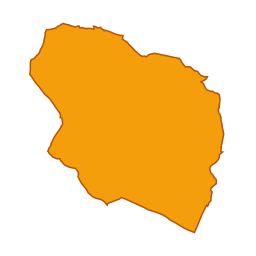 outline of Satu Mare, Harghita, Romania, rotated 87°
{"feature_id": "2599482B48520966661881", "entity_name": "Satu Mare", "entity_type": "district", "adm_level": 2, "iso_a3": "ROU", "parent_name": "Romania", "parent_adm1": "Harghita", "projection": "natural_earth1", "projection_center": [25.408, 46.349], "detail": "fine", "context": "isolated", "style": "filled", "palette": "amber", "viewbox_px": 256, "rotation_deg": 87, "n_neighbors": 0, "source": "geoboundaries", "source_scale": "gbopen_adm2", "svg_char_len": 5430}
<svg xmlns="http://www.w3.org/2000/svg" viewBox="0 0 256 256"><g transform="rotate(87 128 128)"><path d="M196.2,164.3L196.6,163.4L197.7,159.5L198.8,157.5L200.0,155.8L203.9,152.8L202.2,152.1L199.4,143.2L198.8,141.1L197.1,137.9L200.6,130.7L203.1,125.9L203.6,125.0L205.1,122.1L206.9,118.6L209.3,114.2L210.7,112.2L211.7,109.5L212.9,106.3L213.0,105.8L214.0,103.3L215.7,99.6L216.4,98.2L219.0,94.2L222.0,90.8L224.7,86.4L225.3,85.4L226.3,84.0L229.2,79.7L231.1,76.8L233.0,73.3L235.8,67.1L229.6,64.0L218.1,58.5L216.6,57.7L213.2,55.8L209.3,53.6L210.3,53.0L210.1,52.6L209.3,52.1L208.5,51.6L206.9,51.0L206.0,50.2L204.7,48.9L202.8,49.0L199.7,48.3L197.4,47.7L196.8,47.4L196.2,47.5L195.8,47.6L195.5,47.9L195.3,48.2L195.0,48.5L194.7,48.7L194.5,48.8L193.9,48.6L193.1,48.3L192.8,48.4L192.5,48.3L192.2,48.0L191.5,47.6L191.3,47.4L191.5,47.0L191.4,46.8L190.7,46.1L190.1,45.7L189.9,45.2L189.3,44.2L188.8,43.7L188.4,42.9L187.3,42.7L185.3,42.5L183.6,42.9L183.1,43.5L182.4,43.9L182.0,44.7L181.2,44.9L180.7,44.9L180.1,45.3L179.6,45.5L178.4,46.4L177.4,47.4L176.5,47.9L175.9,47.9L175.1,48.1L174.2,48.3L173.0,48.5L172.4,48.3L170.8,47.6L169.9,46.7L169.5,46.3L169.1,45.5L168.4,44.8L168.1,43.8L167.4,42.7L166.4,41.4L165.5,40.8L165.3,40.4L164.4,39.6L163.9,39.4L163.6,39.1L162.8,38.9L162.4,38.7L161.7,38.3L160.3,38.1L159.6,38.2L159.4,38.1L159.1,37.5L158.4,36.8L158.1,36.3L157.5,35.6L157.0,34.9L156.9,35.8L156.1,36.5L155.0,36.3L154.3,36.2L153.8,36.1L151.1,35.8L149.3,35.3L146.5,34.6L143.0,33.7L139.5,32.8L136.9,33.0L136.5,33.1L136.1,33.1L132.3,33.7L132.0,33.8L131.6,33.8L131.0,33.9L130.4,33.9L129.9,33.9L129.1,34.0L128.6,34.1L128.1,34.2L127.7,34.2L127.4,34.3L126.6,34.5L125.9,34.7L125.2,34.8L121.9,34.6L120.9,35.0L119.0,35.6L118.2,36.1L117.5,36.6L117.2,36.7L116.1,37.0L115.5,36.9L114.8,36.8L114.3,36.9L113.8,36.9L113.7,36.6L113.3,36.6L113.1,36.3L112.8,36.2L112.5,35.9L112.2,35.8L112.0,35.7L111.5,35.9L111.1,36.1L110.8,35.7L110.4,35.7L109.9,35.5L109.2,35.5L109.0,35.4L105.3,34.8L104.0,34.5L103.6,34.7L102.9,34.8L99.7,35.0L97.7,37.2L97.9,38.1L97.8,39.0L96.9,40.2L96.1,41.3L95.8,41.4L95.7,43.6L95.2,44.7L94.3,46.7L94.0,47.2L93.6,47.6L91.4,48.9L90.4,49.3L88.9,49.9L87.8,50.4L87.0,51.0L86.0,52.4L85.8,53.0L85.4,53.0L85.4,52.8L85.5,52.0L85.2,51.3L85.0,50.8L84.7,50.1L84.4,49.4L83.4,47.8L82.8,47.0L81.1,46.1L80.9,46.0L80.7,48.1L81.0,48.3L80.3,50.4L79.8,51.4L79.2,52.5L79.0,52.8L77.8,53.8L75.1,55.6L74.2,58.8L70.7,62.1L69.9,63.2L69.9,63.3L70.0,64.5L70.1,66.1L70.0,67.1L69.9,67.5L69.5,67.9L67.3,69.5L65.8,70.5L65.1,70.9L64.7,71.2L64.2,71.4L63.6,71.6L62.9,71.8L62.4,72.1L62.1,72.4L61.9,72.7L61.7,73.2L61.2,73.1L60.7,75.2L60.3,76.8L59.7,79.0L59.3,80.6L59.0,81.8L58.6,83.0L58.2,84.6L57.7,86.5L57.2,88.4L56.8,90.0L56.1,92.4L55.4,95.3L55.0,96.8L54.8,98.0L55.1,99.8L55.2,100.5L55.5,102.0L55.7,103.1L56.9,104.6L57.7,105.9L57.9,106.2L57.4,106.7L57.0,107.8L57.1,110.2L57.0,110.7L56.3,111.4L55.8,112.2L54.7,113.4L50.8,117.4L48.4,119.2L44.5,122.9L42.6,124.0L41.2,125.8L40.1,127.4L38.4,129.0L36.8,128.5L35.5,128.1L34.9,131.4L34.2,133.7L33.8,135.1L33.3,136.0L32.8,137.3L32.2,138.5L31.6,139.7L30.9,141.1L30.4,142.2L30.1,142.9L29.6,144.6L29.2,145.6L29.1,146.1L29.6,146.5L29.3,147.0L28.5,147.5L28.3,148.0L28.1,148.7L27.3,149.1L26.0,150.1L26.4,151.7L26.6,152.8L26.4,153.2L25.9,153.8L25.3,154.5L25.1,154.8L24.6,156.7L24.6,156.8L24.6,157.2L26.0,156.7L26.6,156.8L27.5,156.9L27.0,159.3L26.6,159.8L26.4,163.0L26.4,163.8L26.5,164.2L26.6,164.5L26.8,164.7L26.2,165.5L26.1,166.1L25.8,167.2L25.6,168.1L25.3,168.3L25.5,168.8L25.7,169.6L25.6,170.3L25.4,170.8L24.9,171.0L24.3,171.2L23.6,171.6L23.5,172.2L23.8,173.0L24.0,174.5L24.3,175.1L24.4,175.8L23.9,176.8L23.5,177.5L23.4,178.5L22.9,179.6L22.0,181.5L21.9,182.4L21.7,182.8L21.2,184.5L21.0,185.0L20.7,186.1L20.6,186.5L20.2,187.0L21.1,189.2L22.2,190.9L22.4,191.3L22.5,191.9L22.5,192.4L23.2,193.4L24.2,194.7L24.6,194.9L24.6,195.5L25.0,198.0L25.4,199.1L25.6,204.1L26.2,204.5L26.4,204.7L28.1,205.6L29.3,205.8L31.1,205.8L32.6,206.3L34.7,206.9L36.1,207.4L37.0,207.1L38.7,208.0L39.3,208.2L40.4,208.5L41.1,208.9L42.2,209.4L43.1,210.1L45.9,211.7L47.7,212.4L48.1,212.5L48.6,213.0L49.2,213.5L49.9,214.1L50.9,215.5L51.9,216.3L52.3,216.6L52.9,217.5L53.7,218.1L54.7,221.0L55.3,221.5L56.2,221.6L56.5,221.7L58.3,222.1L60.4,222.3L63.6,222.3L69.5,223.2L71.7,221.6L76.9,218.5L78.9,217.2L81.7,215.0L89.6,209.6L90.8,208.5L94.5,204.8L96.5,203.4L99.5,201.6L104.7,198.4L106.9,197.0L107.0,197.0L107.4,196.7L110.7,194.7L110.9,194.6L111.1,194.9L112.4,194.7L114.0,195.3L114.1,195.2L114.8,193.3L116.6,193.4L117.6,193.2L118.9,193.1L120.1,193.1L120.6,193.2L121.2,193.4L123.1,194.7L126.4,196.7L128.2,198.2L128.2,198.3L128.3,198.3L129.6,199.3L132.7,201.8L136.3,203.8L140.0,205.8L140.8,205.8L142.4,206.7L143.7,207.7L145.1,208.5L145.7,208.6L146.0,208.7L147.0,209.4L147.5,208.8L149.3,208.0L150.3,207.1L150.7,206.7L151.3,205.9L151.8,205.4L152.6,205.1L153.1,204.5L155.2,200.1L154.9,198.4L154.9,197.9L155.1,197.8L155.8,197.6L157.5,196.7L158.3,195.7L160.3,194.4L162.2,192.5L162.4,191.6L163.1,190.7L163.6,189.6L164.1,188.5L164.4,187.4L164.5,186.9L164.8,186.2L165.1,185.1L165.2,184.0L165.3,183.6L165.4,182.9L166.2,182.2L167.0,181.4L168.5,180.4L168.9,180.3L169.8,180.0L171.7,180.0L172.9,180.1L173.9,180.4L174.8,180.1L177.2,179.1L180.2,177.7L183.6,175.4L186.7,173.0L186.9,172.8L187.3,172.6L188.2,172.2L189.5,171.7L190.5,171.2L190.9,170.9L192.4,169.3L193.4,168.4L193.8,168.0L194.0,167.7L195.4,165.9L195.6,165.5L196.2,164.5L196.2,164.3Z" fill="#f59e0b" stroke="#b45309" stroke-width="1.5"/></g></svg>